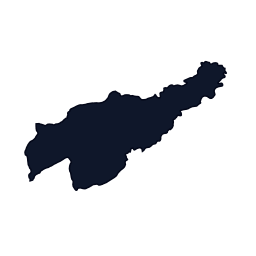 outline of San Mateo, Alajuela, Costa Rica, rotated 171°
{"feature_id": "36466004B56019207244783", "entity_name": "San Mateo", "entity_type": "district", "adm_level": 2, "iso_a3": "CRI", "parent_name": "Costa Rica", "parent_adm1": "Alajuela", "projection": "orthographic", "projection_center": [-84.558, 9.96], "detail": "fine", "context": "isolated", "style": "filled", "palette": "ink", "viewbox_px": 256, "rotation_deg": 171, "n_neighbors": 0, "source": "geoboundaries", "source_scale": "gbopen_adm2", "svg_char_len": 5850}
<svg xmlns="http://www.w3.org/2000/svg" viewBox="0 0 256 256"><g transform="rotate(171 128 128)"><path d="M233.0,91.1L230.3,91.5L229.8,92.3L228.8,93.2L228.0,95.0L226.9,96.0L225.7,96.7L224.6,96.9L223.5,97.4L222.4,97.4L221.5,98.4L221.3,98.9L220.7,99.3L219.0,100.0L218.4,100.4L215.9,101.2L214.4,101.5L212.9,101.6L211.0,102.4L209.7,102.6L206.5,104.0L204.6,104.5L204.0,104.8L202.7,105.2L199.8,106.0L199.5,106.2L197.3,107.1L196.1,107.7L194.1,108.5L192.2,108.6L191.6,108.2L190.9,107.4L190.6,106.6L189.7,105.1L189.4,103.8L189.4,102.9L190.6,101.4L191.5,99.6L192.2,97.0L192.2,94.5L191.6,92.7L191.6,88.1L191.4,86.6L191.3,85.9L190.7,85.0L190.5,84.5L190.5,83.3L191.2,80.9L191.2,78.9L189.9,75.8L189.1,74.7L188.6,74.6L187.8,75.0L187.3,76.2L186.8,76.4L184.8,76.4L183.9,76.2L182.5,75.5L180.7,74.9L179.3,74.8L178.3,75.1L177.1,75.5L176.4,75.6L174.9,76.1L174.6,76.4L173.6,76.6L171.9,77.4L171.1,77.6L167.4,77.5L166.5,77.0L166.1,76.5L165.6,76.2L163.9,76.2L162.5,76.5L162.0,76.5L161.7,76.7L157.6,77.7L156.5,78.3L154.2,79.2L154.1,79.3L149.4,81.3L147.4,82.4L146.7,83.0L145.8,84.2L144.3,85.8L143.6,86.3L143.4,86.3L143.4,86.5L143.0,86.8L141.9,87.4L141.2,88.0L140.2,88.4L138.9,89.2L138.3,89.7L138.2,89.7L137.4,90.5L136.3,92.4L136.3,94.2L136.2,94.9L135.8,95.7L135.5,96.0L134.3,96.4L133.5,96.9L133.6,97.4L134.1,98.1L134.3,98.9L134.3,100.5L134.7,101.0L134.8,101.3L134.8,102.4L134.6,102.7L134.1,102.9L132.1,103.3L130.9,104.7L130.6,104.7L129.8,103.9L129.7,103.9L129.1,105.0L128.6,106.6L127.8,107.3L126.2,107.3L125.5,105.6L125.3,105.4L124.8,105.4L122.5,106.4L120.6,106.7L118.6,106.7L118.4,106.5L118.2,105.8L117.7,105.5L117.4,104.9L117.4,102.7L116.4,103.2L115.7,103.7L115.0,104.4L114.6,105.1L113.5,105.6L112.7,105.8L109.8,105.8L107.9,106.8L106.3,108.0L105.0,108.2L103.9,108.2L103.1,108.4L101.6,110.2L101.1,110.5L99.8,110.5L99.3,110.3L98.8,110.3L98.2,110.7L97.6,111.7L97.4,112.3L97.3,113.4L96.8,114.8L95.3,116.5L94.5,116.8L91.8,117.2L91.5,116.9L90.7,117.1L89.9,117.6L89.6,118.6L88.9,119.3L87.9,120.0L87.0,120.3L86.5,119.9L86.3,119.9L84.3,121.4L83.1,123.3L82.9,125.4L82.6,125.7L82.3,126.8L82.3,128.4L82.0,129.2L80.2,129.7L79.8,130.3L78.7,130.9L77.2,132.6L76.3,132.7L74.4,132.0L73.6,132.1L73.3,132.5L73.2,134.0L73.3,134.8L73.8,136.0L73.8,136.7L73.6,137.0L72.9,137.2L70.4,137.5L67.2,137.5L65.6,137.7L64.0,138.4L61.3,139.1L56.7,139.0L54.6,140.4L52.6,141.3L52.4,141.5L52.6,143.2L52.0,144.0L51.5,145.1L50.2,146.7L49.4,147.3L48.8,147.4L47.6,147.7L47.1,147.7L45.0,147.0L44.5,146.7L43.9,145.9L43.1,145.3L42.5,144.7L41.7,144.4L40.7,144.3L38.9,145.3L38.6,145.7L37.9,146.4L37.6,146.6L37.0,147.3L37.0,148.3L37.2,149.9L37.2,151.1L36.7,152.3L35.6,153.5L34.4,154.2L32.2,154.7L28.7,154.8L28.1,155.0L27.8,155.6L27.8,156.5L28.2,157.3L28.6,157.6L30.8,157.6L31.8,157.8L32.1,158.1L32.1,158.6L31.2,159.5L30.8,159.7L29.0,161.0L28.6,161.6L27.1,162.5L26.3,162.8L25.4,162.8L24.7,163.0L24.4,163.2L24.2,163.6L24.2,164.2L24.6,165.0L25.2,165.7L25.3,166.8L24.9,167.4L24.7,167.5L24.3,167.5L23.0,166.7L22.4,166.8L22.4,167.3L22.9,168.4L23.0,168.4L23.5,169.3L23.0,171.7L23.6,171.9L24.7,173.0L25.4,175.0L27.4,175.4L28.2,175.4L29.3,175.7L29.5,175.9L29.5,177.4L29.6,177.7L30.0,178.1L30.8,178.5L31.9,178.7L33.8,178.7L34.9,178.1L36.5,178.1L37.0,178.6L37.4,179.9L38.4,180.2L40.3,181.2L40.8,181.4L41.4,181.3L41.7,181.2L42.6,180.4L43.0,180.2L44.5,181.0L45.1,181.0L45.5,180.9L45.7,180.5L45.7,180.1L45.3,178.5L45.2,177.5L48.3,176.0L48.5,175.8L49.9,173.9L50.2,173.6L50.4,172.8L50.4,170.8L51.5,169.7L52.6,169.2L53.9,168.9L54.5,168.7L55.8,167.8L56.4,167.6L58.7,167.8L65.1,166.1L65.2,165.9L65.2,165.1L64.6,164.7L62.8,163.7L62.6,163.6L62.6,163.3L63.3,162.5L66.6,161.1L68.5,161.0L69.1,161.2L70.3,161.8L72.2,162.6L73.8,162.6L74.9,162.5L75.8,162.3L76.6,162.3L77.0,163.0L77.3,163.3L78.2,163.6L79.0,163.6L80.1,163.3L80.9,162.9L82.8,161.4L83.4,161.4L84.3,161.8L86.0,161.8L86.3,161.4L86.4,160.0L87.2,158.3L87.4,158.1L89.0,158.0L90.2,157.8L90.9,157.3L91.0,154.0L91.4,153.1L91.8,152.9L92.8,152.9L93.3,153.0L94.0,153.5L95.0,154.6L95.5,156.1L96.0,156.7L97.5,155.2L97.9,155.1L98.3,154.8L99.7,154.6L100.1,154.3L101.6,154.3L102.4,154.1L103.4,154.1L104.7,153.6L106.1,153.3L108.8,153.5L109.8,153.7L110.5,154.1L111.3,155.1L112.2,156.7L112.6,157.2L113.0,157.4L113.7,157.6L114.4,157.7L115.1,157.9L115.6,157.9L116.2,158.3L116.7,158.3L118.4,159.2L120.6,159.3L121.7,160.3L122.2,160.5L124.8,161.0L126.5,161.0L126.7,160.8L127.7,160.5L129.4,160.5L129.9,160.6L130.5,161.3L130.8,162.9L131.0,163.3L133.2,164.7L133.3,165.0L134.0,165.5L134.6,166.2L136.8,166.2L137.0,166.1L137.5,166.1L138.4,165.7L139.7,165.0L139.9,165.0L140.6,164.4L141.5,163.3L142.0,162.4L142.8,161.0L145.2,158.9L147.1,157.8L147.6,157.8L148.0,157.6L148.5,157.5L149.2,157.2L151.9,157.1L153.8,157.3L154.9,157.7L155.7,157.7L156.6,157.9L157.9,157.9L159.3,158.2L164.5,158.2L166.0,157.9L169.9,157.9L170.9,158.2L172.6,158.2L175.5,157.5L177.7,156.7L181.4,155.7L182.4,154.9L182.8,153.9L183.1,153.6L184.5,153.0L185.1,152.3L185.2,152.1L185.3,150.2L186.2,148.9L186.2,147.5L187.2,147.4L187.9,147.2L190.3,145.8L191.9,144.4L192.9,144.3L194.9,143.3L196.5,143.0L198.8,143.1L200.0,142.7L200.4,142.4L200.7,142.4L202.1,143.3L205.1,144.1L206.7,144.2L208.8,143.3L209.7,143.2L210.1,143.4L210.4,143.8L212.7,145.0L214.7,145.8L215.1,146.2L218.1,146.5L218.5,144.0L218.5,143.3L218.7,142.3L218.7,139.9L218.4,139.1L218.2,139.0L217.8,138.2L217.7,136.8L218.0,136.1L220.3,133.8L220.6,133.2L221.4,132.3L222.8,131.3L224.0,130.6L224.9,130.3L225.6,130.2L226.8,129.6L227.8,128.8L228.0,128.4L228.9,127.6L229.4,127.1L229.5,126.6L230.2,125.9L231.3,124.3L232.1,122.6L233.1,121.3L233.5,120.2L233.6,119.8L233.5,117.6L233.1,117.2L232.8,117.2L232.2,116.5L231.9,114.8L231.9,112.9L232.0,112.4L232.2,107.2L231.7,106.0L231.3,103.7L230.4,102.3L230.4,99.9L230.6,99.5L231.1,98.8L232.8,97.7L233.1,97.3L233.4,96.3L233.4,94.9L233.3,94.1L233.0,93.9L232.6,93.3L232.7,92.1L232.9,91.9L233.0,91.1Z" fill="#0f172a" stroke="#020617" stroke-width="1.5"/></g></svg>